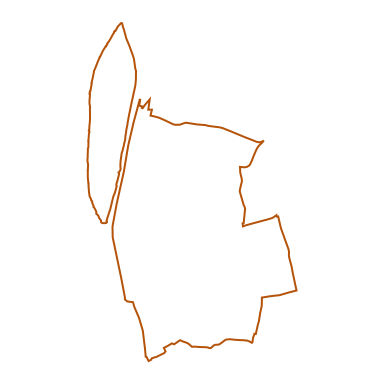 outline of Misr Al-Qadima, Al Qahirah, Egypt
{"feature_id": "37247803B34541492244214", "entity_name": "Misr Al-Qadima", "entity_type": "district", "adm_level": 2, "iso_a3": "EGY", "parent_name": "Egypt", "parent_adm1": "Al Qahirah", "projection": "mercator", "projection_center": [31.232, 30.011], "detail": "fine", "context": "isolated", "style": "outline", "palette": "amber", "viewbox_px": 384, "rotation_deg": 0, "n_neighbors": 0, "source": "geoboundaries", "source_scale": "gbopen_adm2", "svg_char_len": 5728}
<svg xmlns="http://www.w3.org/2000/svg" viewBox="0 0 384 384"><path d="M244.4,137.0L230.7,131.3L222.7,128.1L219.5,127.3L212.2,126.4L208.6,125.9L207.6,125.7L205.5,125.1L196.7,124.4L186.8,122.8L185.6,122.8L184.1,123.2L179.7,124.7L175.8,124.8L173.4,124.4L169.7,122.6L165.3,120.5L159.7,118.0L157.6,117.3L155.8,116.8L153.8,116.3L150.5,115.6L151.9,109.7L149.3,109.6L148.3,109.7L149.7,99.4L144.7,105.2L142.7,108.2L141.8,107.9L142.5,106.5L139.2,105.7L140.2,99.8L139.7,99.7L133.5,122.8L128.2,145.6L123.9,171.4L116.7,203.7L112.5,226.5L112.7,237.3L121.2,278.0L124.9,297.3L124.9,299.4L127.2,301.4L127.6,301.5L133.0,302.2L134.3,306.8L139.1,318.1L142.8,330.7L144.9,347.9L145.7,356.4L145.9,356.3L146.4,356.6L148.6,361.0L151.3,359.7L151.5,358.9L151.7,358.4L151.9,358.2L156.7,356.8L157.6,356.3L164.3,353.0L165.5,351.5L163.9,347.9L167.7,345.9L171.9,343.4L174.1,344.3L180.1,340.2L183.2,341.6L185.6,342.4L187.2,343.0L188.7,343.9L192.0,346.8L194.5,346.6L199.1,347.0L205.4,347.2L206.9,347.3L209.9,348.1L210.4,348.1L211.0,347.9L213.3,345.8L214.6,345.0L215.1,344.8L215.9,344.8L218.7,344.6L219.7,344.1L221.7,342.7L224.8,340.3L225.4,339.9L226.0,339.6L229.8,339.2L235.1,339.8L242.0,340.2L243.3,340.1L245.9,340.6L246.7,340.4L249.3,341.4L251.8,342.8L252.4,342.4L252.9,338.8L253.2,337.2L253.9,335.6L254.2,335.0L254.4,333.8L255.8,334.0L257.8,325.0L258.9,321.2L260.2,312.9L261.7,306.1L261.8,304.2L261.9,299.0L261.8,297.6L269.1,296.4L272.9,295.9L278.4,295.3L279.8,295.1L289.1,292.4L296.5,290.5L292.8,273.1L291.5,266.2L290.6,262.9L289.4,258.3L289.1,256.7L289.0,256.1L288.9,255.3L288.9,254.1L289.0,252.9L289.0,252.0L288.9,251.2L288.8,250.5L288.6,249.7L288.4,248.9L288.1,248.1L285.8,241.8L283.6,235.6L281.3,229.3L280.4,226.0L278.2,216.5L277.8,216.6L277.5,216.7L276.9,216.7L276.7,216.4L276.6,216.1L276.6,215.8L276.5,215.2L273.9,217.0L272.3,218.0L267.3,219.5L255.3,222.7L245.9,225.3L243.0,226.4L242.6,223.3L243.7,223.0L243.8,221.8L245.1,208.8L244.7,207.1L243.8,205.4L241.6,197.9L239.8,191.6L239.8,190.9L239.9,189.7L241.9,181.3L241.8,179.3L241.5,177.8L240.3,172.9L240.2,171.6L240.0,166.9L244.1,167.3L245.5,167.2L246.4,167.0L247.1,166.8L248.0,166.3L248.7,165.8L249.5,165.2L249.8,164.8L250.1,164.3L250.5,163.5L251.7,161.0L253.8,155.6L255.4,151.9L256.5,149.4L257.3,147.9L257.7,147.3L258.3,146.5L258.9,145.7L259.6,145.0L260.8,143.9L261.7,143.0L262.5,142.1L263.2,141.4L263.8,140.5L263.0,141.1L261.4,141.9L260.3,142.2L259.2,142.2L258.5,142.2L257.4,142.0L256.0,141.6L253.7,140.6L244.4,137.0ZM117.2,27.6L115.5,30.9L114.8,30.8L113.9,32.1L114.1,32.6L112.9,34.4L110.2,39.3L108.6,41.9L107.5,43.0L107.1,44.0L107.3,44.1L106.2,46.2L105.9,46.0L103.0,50.6L100.2,56.6L99.8,56.7L99.4,57.8L99.5,57.9L97.9,61.4L95.7,67.0L94.7,69.5L94.0,70.9L93.8,72.6L93.1,75.8L92.6,78.5L91.5,82.9L91.8,83.0L91.6,84.4L90.4,91.0L90.1,91.0L89.9,92.5L89.7,92.5L89.6,93.2L89.8,93.2L89.7,94.4L90.0,94.5L89.9,95.8L89.8,97.0L89.5,100.4L89.5,104.2L89.7,104.7L89.9,105.6L90.1,107.2L89.9,109.1L90.0,113.7L90.0,119.0L89.7,124.1L89.5,124.6L89.2,130.5L88.9,130.4L88.8,130.8L89.2,131.0L89.5,132.2L89.0,133.0L88.8,135.5L88.7,137.6L88.3,140.7L88.3,141.1L88.5,141.1L88.5,142.0L88.4,144.6L88.4,146.2L88.4,146.7L88.4,147.2L88.3,147.6L88.2,147.8L87.9,148.3L87.9,148.5L87.9,148.8L87.9,149.8L87.7,155.2L87.7,157.3L87.5,158.5L87.5,161.6L87.5,161.8L88.0,163.5L88.1,166.1L87.9,168.3L87.9,170.0L87.7,170.1L87.8,171.7L87.8,177.2L88.3,182.9L88.5,182.9L88.6,184.6L88.5,184.8L88.5,185.8L89.0,192.0L89.6,196.3L90.2,197.5L91.0,199.0L91.1,199.3L91.1,199.5L91.1,200.0L91.3,200.4L91.4,200.5L91.5,200.5L91.9,200.9L92.1,201.3L92.2,201.8L92.3,202.2L92.3,202.3L92.2,202.5L92.2,202.8L92.7,204.0L93.5,205.9L93.6,206.1L93.6,206.3L93.5,206.6L93.5,206.9L93.5,207.0L93.9,207.3L94.1,207.5L94.5,208.1L94.9,208.8L95.1,209.2L95.4,209.8L96.0,211.1L96.4,212.2L96.4,212.5L96.4,212.8L96.3,213.1L96.2,213.2L96.2,213.3L96.2,213.5L96.4,213.8L96.5,214.0L96.8,214.3L97.6,214.9L97.9,215.2L98.1,215.4L98.3,215.7L98.6,216.4L98.9,217.3L99.2,218.0L99.6,218.6L100.2,219.4L100.8,220.1L100.9,220.5L101.0,220.9L101.0,221.2L101.0,221.6L101.1,221.8L101.1,222.1L101.3,222.4L101.4,222.6L101.8,222.8L102.2,223.0L102.6,223.1L103.1,223.1L105.6,223.1L106.0,223.0L106.4,222.7L106.5,222.7L106.7,222.4L106.9,222.2L107.0,222.0L107.0,221.9L106.9,221.7L106.7,221.6L106.5,221.4L106.5,221.1L107.2,218.5L107.9,216.3L108.3,215.2L109.0,212.9L109.9,210.2L110.4,208.7L111.0,206.1L111.4,204.6L111.5,204.0L113.1,197.5L113.3,196.8L113.4,196.2L113.6,195.8L113.8,195.4L114.4,194.0L114.8,193.2L114.9,192.8L115.3,191.3L116.6,186.4L116.7,186.0L116.7,185.8L116.7,185.7L116.5,185.4L116.4,185.3L116.3,185.2L116.3,184.8L116.3,184.5L116.4,184.2L116.6,183.4L117.5,180.4L117.8,179.4L118.3,177.0L118.9,175.0L119.1,174.1L119.1,173.7L119.1,173.4L119.0,173.2L118.9,173.1L118.6,172.7L118.5,172.4L118.8,172.2L119.2,171.8L119.5,171.5L119.8,171.1L120.1,170.5L120.4,169.7L120.5,169.2L120.6,168.6L120.5,167.7L120.4,167.4L120.4,164.9L120.4,164.1L120.4,163.6L120.5,162.9L120.6,161.2L120.8,159.1L121.0,158.5L121.0,157.8L121.1,157.1L121.3,156.4L121.3,155.8L121.4,155.1L121.7,153.2L121.9,152.5L122.1,151.9L122.3,151.3L122.6,150.7L122.7,150.1L123.0,148.7L123.1,148.1L123.4,147.5L123.5,146.8L123.6,146.2L123.8,145.5L124.0,144.8L124.1,144.1L124.3,142.8L124.8,141.5L124.9,140.8L125.0,140.2L125.3,138.8L125.3,138.2L125.4,137.5L125.3,136.9L125.4,136.3L125.5,135.6L125.6,134.9L125.9,133.6L126.2,131.6L126.2,130.9L126.3,130.3L126.6,128.3L126.8,127.7L126.9,127.0L127.0,126.4L127.2,125.8L127.3,125.1L127.5,123.9L127.6,123.0L129.0,115.2L132.3,99.3L132.6,98.2L133.8,92.5L134.6,89.0L135.4,85.0L135.9,79.6L136.0,70.8L135.4,69.1L134.0,59.3L133.7,58.1L132.0,52.9L131.5,51.8L129.3,45.6L126.3,38.5L124.0,29.8L123.2,27.6L122.1,23.3L121.7,23.0L121.0,23.2L118.2,26.1L118.0,26.3L117.2,27.6Z" fill="none" stroke="#b45309" stroke-width="2"/></svg>